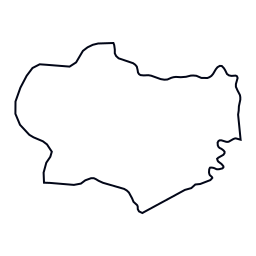 an SVG outline of Krapinsko-Zagorska
{"feature_id": "HRV-1582", "entity_name": "Krapinsko-Zagorska", "entity_type": "County", "adm_level": 1, "iso_a3": "HRV", "parent_name": "Croatia", "parent_adm1": "", "projection": "albers", "projection_center": [16.026, 46.085], "detail": "fine", "context": "isolated", "style": "outline", "palette": "ink", "viewbox_px": 256, "rotation_deg": 0, "n_neighbors": 0, "source": "natural_earth", "source_scale": "10m", "svg_char_len": 1862}
<svg xmlns="http://www.w3.org/2000/svg" viewBox="0 0 256 256"><path d="M86.4,48.2L87.6,47.3L92.8,44.8L98.1,43.5L113.4,43.0L114.2,45.1L114.8,49.5L114.8,53.3L116.1,56.0L118.6,58.3L133.1,63.2L135.2,64.7L136.8,66.6L137.6,70.0L138.0,72.5L139.0,74.1L140.5,75.1L143.7,75.4L148.4,75.2L151.2,75.7L160.7,79.1L164.4,79.7L167.4,79.5L171.3,77.8L173.5,77.2L175.9,76.9L180.8,77.2L186.0,76.8L190.8,75.6L193.3,75.5L196.4,75.8L201.3,77.9L207.4,78.0L209.4,77.2L211.4,75.9L213.1,73.9L215.8,69.3L217.5,67.2L219.8,65.9L221.8,66.0L223.9,68.2L225.2,70.3L227.0,74.0L229.0,75.4L231.5,75.9L235.7,75.6L237.0,76.3L237.6,78.0L235.9,84.1L235.9,86.8L237.5,90.4L239.8,94.8L240.0,95.4L240.3,97.2L240.3,99.7L238.9,106.3L238.7,110.6L238.1,114.6L240.6,139.7L235.9,138.4L235.3,138.4L234.8,138.5L233.4,139.0L228.7,141.7L227.6,141.9L226.2,141.8L221.3,140.3L219.7,140.3L218.5,141.0L217.6,142.6L217.8,145.4L218.5,146.9L219.5,147.9L221.4,148.8L222.6,149.7L223.6,150.5L224.6,151.8L224.5,153.2L223.4,154.8L218.3,157.7L217.1,158.8L217.7,160.7L218.3,161.6L221.4,163.9L222.4,165.0L223.4,166.3L223.4,167.4L222.4,168.4L219.1,169.2L217.6,169.3L216.5,169.2L214.4,168.2L213.1,167.8L211.7,167.6L210.6,167.6L210.0,167.7L209.6,168.4L209.2,169.5L209.0,172.4L209.3,173.9L209.8,175.1L211.6,176.7L212.1,177.3L212.3,177.9L211.3,179.1L210.3,180.1L200.2,184.0L195.3,184.5L191.3,188.1L184.9,189.9L142.3,213.0L139.0,211.4L137.8,209.2L137.7,206.5L137.2,205.2L133.5,201.8L132.1,198.4L128.9,192.5L126.8,190.5L124.1,188.9L103.0,182.8L98.6,180.8L95.8,179.1L93.8,178.2L91.1,178.2L85.3,180.3L80.9,183.6L73.9,184.9L49.9,182.9L44.0,182.7L43.6,172.6L46.3,162.7L50.3,156.8L51.8,151.7L50.0,149.0L47.0,144.4L42.9,141.3L33.5,137.3L29.3,134.8L26.7,132.0L20.0,124.8L15.4,113.8L15.5,101.5L20.4,87.7L26.7,75.7L28.0,74.0L32.5,68.0L39.7,64.3L45.4,64.7L69.6,66.6L76.1,62.4L82.9,50.9L86.4,48.2Z" fill="none" stroke="#020617" stroke-width="2"/></svg>